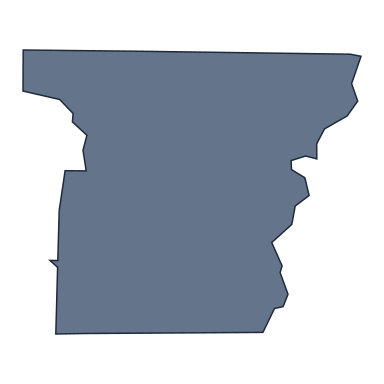 Lee, Georgia, United States of America (Robinson projection)
{"feature_id": "52423323B57343387643599", "entity_name": "Lee", "entity_type": "district", "adm_level": 2, "iso_a3": "USA", "parent_name": "United States of America", "parent_adm1": "Georgia", "projection": "robinson", "projection_center": [-84.108, 31.769], "detail": "fine", "context": "isolated", "style": "filled", "palette": "slate", "viewbox_px": 384, "rotation_deg": 0, "n_neighbors": 0, "source": "geoboundaries", "source_scale": "gbopen_adm2", "svg_char_len": 577}
<svg xmlns="http://www.w3.org/2000/svg" viewBox="0 0 384 384"><path d="M361.0,56.3L350.2,54.2L142.6,51.3L23.2,50.0L23.0,91.1L59.7,99.5L73.1,113.5L72.4,121.9L86.9,135.3L83.0,150.2L86.2,170.9L65.1,170.7L59.2,210.6L57.8,260.5L50.0,260.4L57.6,267.4L55.8,334.0L85.7,333.5L262.9,332.4L274.5,308.5L283.1,306.6L288.0,294.3L280.1,272.5L282.1,265.9L271.7,242.5L291.8,224.4L295.2,206.0L309.1,195.5L304.9,177.8L291.5,169.6L291.1,160.6L305.7,156.0L316.8,158.9L316.7,143.8L324.5,128.9L347.2,115.9L357.7,101.1L351.6,83.6L361.0,56.3Z" fill="#64748b" stroke="#1e293b" stroke-width="1.5"/></svg>